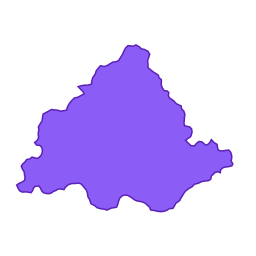 Braúnas, Minas Gerais, Brazil (orthographic projection), rotated 274°
{"feature_id": "56859067B77777041722950", "entity_name": "Braúnas", "entity_type": "district", "adm_level": 2, "iso_a3": "BRA", "parent_name": "Brazil", "parent_adm1": "Minas Gerais", "projection": "orthographic", "projection_center": [-42.719, -19.032], "detail": "fine", "context": "isolated", "style": "filled", "palette": "violet", "viewbox_px": 256, "rotation_deg": 274, "n_neighbors": 0, "source": "geoboundaries", "source_scale": "gbopen_adm2", "svg_char_len": 2816}
<svg xmlns="http://www.w3.org/2000/svg" viewBox="0 0 256 256"><g transform="rotate(274 128 128)"><path d="M188.2,96.2L186.1,94.5L182.8,92.3L179.9,91.7L177.8,90.5L175.7,89.3L172.5,88.6L169.2,88.5L168.0,85.1L167.7,81.8L167.0,78.8L165.8,75.4L163.4,77.9L161.4,80.4L159.0,82.0L157.4,79.2L156.1,77.3L155.0,75.3L154.3,72.6L152.0,70.4L149.4,68.4L146.8,67.0L144.1,65.9L141.6,65.6L140.9,63.1L140.1,59.7L140.9,56.2L140.9,53.3L141.1,50.3L139.3,47.7L137.4,44.6L135.9,42.3L132.8,42.0L129.2,41.8L125.9,40.0L122.7,38.5L120.1,39.2L117.1,38.8L114.1,39.1L111.8,39.5L109.3,38.3L107.0,35.9L104.6,37.9L104.5,41.2L102.8,43.2L100.6,44.0L97.8,44.2L94.9,43.3L92.8,41.7L91.3,39.7L91.7,37.2L92.3,34.3L90.2,32.1L89.5,29.1L86.8,27.5L84.5,25.2L82.3,24.2L79.6,25.6L76.8,27.6L74.0,28.0L71.4,28.8L68.5,28.5L66.5,25.9L65.2,23.2L63.3,20.9L60.0,22.7L57.8,24.3L56.7,26.9L57.2,31.1L56.7,35.8L58.9,37.2L61.6,38.0L63.3,39.4L63.9,43.3L61.7,45.0L59.5,46.1L57.6,48.0L56.9,51.4L57.0,53.9L57.9,56.2L59.6,58.1L60.7,60.6L62.1,62.3L62.5,65.1L62.1,68.4L64.8,69.9L67.5,72.7L68.7,76.0L69.0,79.6L69.6,82.3L69.0,85.0L67.2,86.9L65.5,88.6L62.9,90.9L60.0,92.1L56.7,92.8L54.0,94.6L49.8,96.4L48.4,99.9L46.3,102.8L45.5,106.5L45.4,110.1L44.6,112.5L45.7,114.7L47.0,117.0L47.5,119.6L48.2,122.1L51.1,123.1L54.6,123.8L57.5,124.7L59.9,126.9L61.0,129.6L60.7,132.5L59.5,135.1L58.4,137.0L56.9,139.3L55.9,141.9L55.7,144.4L55.2,147.7L54.1,150.5L52.4,152.6L50.5,155.0L47.8,156.3L47.6,159.2L47.0,163.1L46.8,166.3L47.3,169.3L48.4,172.2L50.4,174.8L50.9,178.4L53.3,179.7L56.3,181.0L57.8,182.9L59.3,184.7L61.8,185.7L64.2,187.0L66.3,188.0L69.2,189.9L71.9,193.0L73.7,195.9L76.6,198.3L77.7,201.8L79.7,205.3L80.5,208.7L81.1,212.0L82.7,214.1L86.0,214.5L87.9,216.4L89.8,218.0L90.6,220.7L89.9,223.2L92.5,223.3L94.7,225.0L95.9,227.9L96.4,230.9L97.5,234.2L99.5,235.1L102.3,233.2L105.7,233.6L108.4,233.2L111.0,232.1L113.0,230.1L112.7,227.8L111.9,225.1L111.6,222.2L112.3,219.5L115.1,218.6L117.9,218.0L119.3,215.1L122.2,211.9L119.7,210.9L117.7,209.4L116.3,207.0L117.7,204.8L119.4,202.6L119.5,199.7L117.2,197.2L114.7,195.5L114.8,192.1L117.4,188.8L119.8,186.3L121.8,188.6L123.6,191.0L125.9,191.7L128.5,192.2L131.6,191.5L133.4,189.4L133.8,186.8L134.1,184.4L136.7,183.5L139.7,183.6L142.8,183.6L145.6,183.8L148.6,182.6L151.1,180.0L153.7,179.5L154.6,177.0L155.7,174.4L158.2,171.8L159.8,169.3L160.8,167.3L163.0,166.0L166.3,166.2L167.7,164.4L167.8,161.4L170.7,159.3L173.5,158.1L176.5,158.1L178.7,157.8L180.4,155.3L182.7,154.7L184.1,152.4L185.5,149.6L187.8,146.2L189.6,143.7L193.1,143.5L196.6,142.8L200.1,143.8L203.2,144.5L206.0,142.5L207.5,138.8L207.9,135.9L210.0,133.3L211.4,130.1L210.0,127.6L210.1,125.1L210.2,122.3L207.8,120.1L204.5,118.6L201.1,117.4L197.2,115.3L194.6,113.9L193.2,111.3L192.7,108.3L190.9,105.7L188.9,102.9L187.7,100.1L188.2,96.2Z" fill="#8b5cf6" stroke="#5b21b6" stroke-width="1.5"/></g></svg>